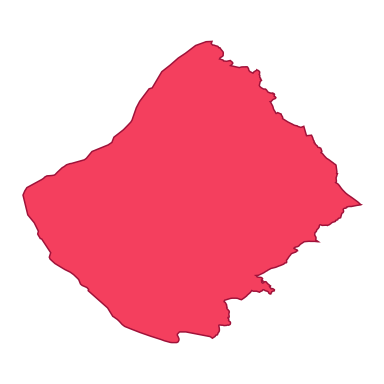 Askim nor, Østfold, Norway (Natural Earth projection)
{"feature_id": "86288312B6065445509759", "entity_name": "Askim nor", "entity_type": "district", "adm_level": 2, "iso_a3": "NOR", "parent_name": "Norway", "parent_adm1": "Østfold", "projection": "natural_earth1", "projection_center": [11.217, 59.597], "detail": "fine", "context": "isolated", "style": "filled", "palette": "rose", "viewbox_px": 384, "rotation_deg": 0, "n_neighbors": 0, "source": "geoboundaries", "source_scale": "gbopen_adm2", "svg_char_len": 5938}
<svg xmlns="http://www.w3.org/2000/svg" viewBox="0 0 384 384"><path d="M336.2,182.2L336.4,181.3L336.4,180.6L336.2,179.4L336.1,177.7L336.8,175.8L336.9,175.0L337.5,173.6L336.6,173.3L336.9,171.8L336.3,167.3L336.0,165.1L335.4,164.5L334.1,163.7L333.5,163.1L331.0,161.3L328.9,159.7L326.6,158.3L324.5,156.1L322.3,153.4L321.0,152.7L321.9,151.3L320.8,148.3L319.5,147.6L318.0,147.3L317.5,146.7L317.2,145.9L315.2,144.1L315.1,143.2L314.1,142.7L314.2,141.8L314.1,141.2L313.4,140.0L313.2,139.5L313.0,138.8L312.6,137.5L311.5,135.2L306.5,135.7L303.8,126.3L300.9,127.4L297.8,126.4L297.3,125.9L294.5,125.3L287.8,121.9L282.6,118.6L282.7,117.3L281.3,114.8L281.2,114.1L277.6,112.6L276.7,113.3L276.1,113.5L275.9,113.3L275.4,112.2L273.9,109.8L273.4,108.7L273.0,107.0L272.5,105.7L271.4,103.7L270.9,102.7L270.2,101.7L271.0,101.6L273.0,99.5L275.3,98.5L275.8,97.9L275.9,97.7L275.4,96.9L274.3,96.5L274.2,95.8L274.4,95.1L274.5,94.5L274.3,94.0L273.9,94.0L274.0,93.9L273.8,93.6L273.1,93.2L272.6,93.2L272.4,93.0L271.2,93.2L270.2,93.0L269.8,92.7L269.1,92.6L268.5,92.3L267.8,91.9L267.4,91.2L266.9,90.6L266.4,89.8L265.7,89.5L265.7,89.3L265.6,89.1L264.8,89.0L263.7,89.1L261.3,87.8L259.8,86.5L259.3,85.4L260.2,81.6L261.5,80.3L260.9,79.5L260.5,79.3L260.5,79.1L260.7,78.9L260.7,78.7L260.6,78.4L260.5,78.1L259.9,77.6L259.7,77.1L259.8,75.3L259.2,74.7L259.5,73.8L259.7,72.1L259.4,71.5L258.3,70.5L257.6,70.3L256.8,69.8L256.7,70.2L256.5,70.3L254.0,71.8L253.0,73.1L252.6,73.0L251.4,72.3L250.2,71.8L249.3,70.9L248.8,70.1L248.6,68.9L247.8,67.4L247.2,66.8L242.7,66.9L241.3,67.0L239.3,67.6L230.5,65.6L231.9,64.4L232.7,63.5L232.8,63.0L232.3,62.2L230.3,60.5L226.6,61.3L223.5,60.9L223.2,60.2L222.9,60.0L220.8,59.3L219.5,59.0L220.1,57.8L222.1,56.6L223.1,55.7L223.3,52.9L223.0,51.8L221.1,49.5L220.6,48.8L220.3,48.4L220.0,47.8L219.8,47.7L218.8,47.7L218.0,46.5L217.4,46.2L215.8,45.8L213.9,45.1L212.5,45.0L211.2,43.5L212.0,41.4L206.1,41.7L195.6,45.5L185.4,53.3L178.3,58.0L170.2,65.1L161.8,71.7L152.2,87.9L149.1,88.8L139.7,101.3L136.3,107.8L133.1,117.0L132.0,120.2L130.8,122.1L127.9,125.2L123.4,129.8L113.9,137.2L111.9,142.4L108.2,144.9L92.0,151.5L86.4,158.3L84.4,159.8L71.3,163.5L70.1,163.6L66.5,164.8L64.0,166.7L62.2,167.7L57.6,172.0L55.1,174.6L54.3,175.1L52.0,175.5L46.9,175.9L44.7,177.1L43.6,178.3L41.8,179.5L26.9,187.6L24.8,190.9L23.0,195.1L27.8,214.9L34.2,222.7L38.4,231.2L37.7,234.0L38.4,235.4L39.9,237.8L40.2,238.5L41.7,239.0L50.7,252.7L49.3,257.2L50.1,259.1L54.9,263.5L64.8,269.5L70.3,272.2L73.6,274.6L77.8,278.6L78.8,279.8L80.5,284.0L82.1,285.4L86.9,287.5L88.6,289.4L88.2,290.7L107.6,307.9L112.8,316.4L113.3,316.6L117.3,319.4L119.4,321.4L122.2,324.5L124.4,326.2L125.1,326.6L127.9,327.7L129.8,328.5L139.8,332.4L150.4,336.1L161.0,339.5L164.5,340.8L170.3,342.4L172.1,342.6L175.9,342.6L176.9,342.5L178.0,341.9L178.3,341.5L178.9,340.2L179.0,339.3L178.9,338.5L177.9,336.2L177.4,335.5L177.3,334.7L177.4,334.1L179.5,331.9L185.8,331.9L210.2,336.6L212.4,338.2L215.0,336.5L215.9,335.2L217.4,334.8L217.7,334.1L217.9,333.3L219.0,331.7L219.3,330.9L219.4,330.0L219.3,328.2L218.8,325.7L218.9,325.2L219.4,325.0L220.1,325.0L221.8,325.2L222.8,325.2L224.0,325.6L226.5,325.4L227.6,325.0L228.5,325.2L229.5,324.8L230.1,324.4L230.4,323.7L230.5,322.9L230.4,322.3L230.2,322.0L230.0,321.7L228.8,320.8L228.6,320.6L228.7,319.4L228.8,319.2L228.6,318.6L228.1,318.3L228.0,317.5L229.0,317.3L229.2,316.3L228.8,314.1L229.3,312.0L229.1,311.0L228.3,310.2L227.9,309.5L227.3,309.1L226.8,308.1L226.7,307.6L227.1,307.2L226.8,306.7L226.7,306.3L226.5,305.5L226.7,305.1L225.8,303.4L225.2,302.4L224.1,301.7L224.3,300.9L224.7,300.2L230.6,298.4L232.3,298.2L236.2,298.2L237.7,298.4L239.9,299.3L241.5,299.7L244.3,297.8L246.7,295.9L247.2,295.2L250.3,292.5L251.8,290.5L253.1,291.2L256.5,291.2L259.5,292.2L260.1,291.8L260.8,291.2L261.7,291.1L262.6,290.3L262.6,290.0L263.4,289.7L264.5,290.1L265.2,290.7L266.5,291.0L267.6,291.4L268.4,292.0L268.8,293.1L269.5,293.7L270.3,294.0L270.8,293.9L270.8,293.4L271.4,292.9L271.5,292.3L271.8,291.7L273.1,291.1L274.3,290.8L274.4,289.7L272.7,288.6L271.2,288.8L271.1,288.3L270.5,288.0L269.8,287.0L270.2,286.6L269.7,286.3L270.3,285.8L269.5,285.3L269.1,284.8L267.9,283.9L267.3,283.3L266.2,281.9L265.0,281.6L263.9,282.0L263.8,282.6L262.7,283.1L262.4,283.0L261.8,282.4L261.6,281.9L262.3,281.3L263.0,281.1L262.8,280.6L261.6,280.5L261.4,280.1L262.0,279.7L262.6,278.7L262.0,277.9L261.0,277.4L259.2,277.3L257.7,277.1L257.0,276.8L256.6,275.9L256.0,275.5L258.4,275.3L263.7,272.8L266.3,271.1L267.2,270.7L268.1,270.0L269.9,269.1L270.8,268.5L275.7,267.3L278.9,266.0L280.4,265.5L283.5,264.2L284.0,263.9L284.7,263.1L286.4,262.7L286.7,262.2L286.5,260.2L287.4,259.2L288.7,257.2L289.3,256.3L290.2,255.3L291.0,254.2L291.4,253.7L292.5,253.2L294.0,252.7L294.8,252.3L295.8,252.1L296.3,251.3L297.4,250.8L297.1,250.5L297.3,250.2L297.2,250.0L296.0,249.5L295.6,249.2L295.1,249.1L294.9,248.8L294.6,248.7L294.5,248.3L294.4,248.2L294.0,248.3L294.0,248.1L294.6,247.7L294.8,247.4L295.8,247.0L297.7,246.6L298.8,246.0L300.3,244.3L303.7,242.1L304.3,241.7L308.8,241.3L309.7,241.3L310.5,241.4L314.9,241.4L317.9,241.7L318.3,241.7L315.8,240.0L315.8,239.4L316.0,238.5L315.9,237.9L316.0,237.3L314.7,235.1L314.7,234.8L314.9,233.4L314.9,232.8L315.2,232.4L316.0,231.8L316.5,231.0L316.8,229.9L316.9,229.7L318.0,228.7L319.0,227.4L319.4,225.5L319.8,224.9L320.3,224.7L322.2,225.4L326.1,225.2L327.1,225.3L327.3,225.5L328.0,225.2L329.3,224.7L330.7,223.7L331.1,223.3L332.3,222.4L332.9,222.2L334.3,221.8L335.4,221.4L335.5,221.3L335.5,220.7L335.9,220.3L337.6,219.8L338.1,218.8L338.3,218.5L338.9,218.2L339.9,218.0L340.6,217.7L341.6,214.1L342.0,213.2L342.8,212.8L343.3,212.2L343.5,211.7L343.6,211.2L343.2,209.3L343.7,208.7L344.3,208.3L345.6,208.2L346.6,207.7L346.8,207.5L346.7,207.2L347.1,206.9L348.9,206.5L351.4,206.5L356.9,205.4L360.8,204.8L361.0,204.7L360.7,204.6L357.9,202.0L352.6,198.1L347.7,194.7L345.6,193.0L342.4,189.7L340.9,187.8L339.5,185.8L338.3,184.3L337.4,183.6L335.7,182.6L336.2,182.2Z" fill="#f43f5e" stroke="#9f1239" stroke-width="1.5"/></svg>